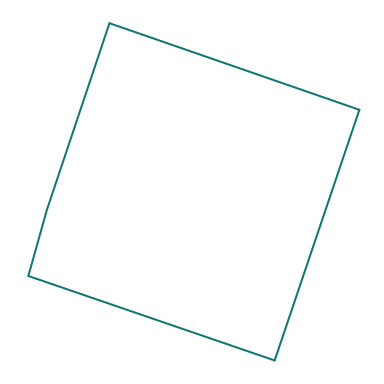 Garza, Texas, United States of America, rotated 109°
{"feature_id": "52423323B20011668612695", "entity_name": "Garza", "entity_type": "district", "adm_level": 2, "iso_a3": "USA", "parent_name": "United States of America", "parent_adm1": "Texas", "projection": "robinson", "projection_center": [-101.32, 33.179], "detail": "fine", "context": "isolated", "style": "outline", "palette": "teal", "viewbox_px": 384, "rotation_deg": 109, "n_neighbors": 0, "source": "geoboundaries", "source_scale": "gbopen_adm2", "svg_char_len": 233}
<svg xmlns="http://www.w3.org/2000/svg" viewBox="0 0 384 384"><g transform="rotate(109 192 192)"><path d="M59.3,325.0L255.8,323.4L324.7,319.4L324.4,59.0L59.8,60.5L59.3,325.0Z" fill="none" stroke="#0f766e" stroke-width="2"/></g></svg>